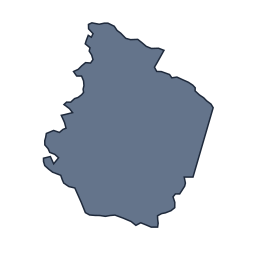 the district of São José das Palmeiras, Paraná, Brazil, rotated 107°
{"feature_id": "56859067B12185724894404", "entity_name": "São José das Palmeiras", "entity_type": "district", "adm_level": 2, "iso_a3": "BRA", "parent_name": "Brazil", "parent_adm1": "Paraná", "projection": "natural_earth1", "projection_center": [-54.124, -24.817], "detail": "fine", "context": "isolated", "style": "filled", "palette": "slate", "viewbox_px": 256, "rotation_deg": 107, "n_neighbors": 0, "source": "geoboundaries", "source_scale": "gbopen_adm2", "svg_char_len": 1528}
<svg xmlns="http://www.w3.org/2000/svg" viewBox="0 0 256 256"><g transform="rotate(107 128 128)"><path d="M188.3,196.6L190.6,191.7L192.3,187.2L192.9,178.5L197.1,175.4L199.5,173.3L201.3,167.4L200.9,161.3L212.6,151.1L221.4,144.0L222.4,139.3L221.3,134.2L219.9,129.3L219.1,123.8L216.9,119.5L215.1,115.0L215.6,106.2L216.5,97.7L218.8,92.0L214.9,88.1L215.4,82.4L216.0,76.8L214.1,70.7L210.3,71.3L206.7,72.9L203.3,74.1L200.0,70.8L198.2,67.4L194.5,62.7L190.5,60.0L185.4,61.5L180.7,64.8L177.2,63.4L175.9,59.3L167.1,56.8L163.9,57.0L158.5,59.9L155.9,51.5L83.7,52.5L80.9,55.6L79.0,60.8L77.0,64.4L75.5,69.4L72.9,74.7L69.9,75.5L68.1,78.6L66.6,83.7L65.8,90.2L65.0,96.1L67.2,100.8L64.7,103.9L64.3,112.6L65.5,117.1L62.1,120.5L57.1,119.3L43.2,116.3L42.8,122.1L45.1,128.9L44.6,134.4L42.3,139.7L40.4,144.6L42.8,151.5L42.9,156.4L39.5,162.6L37.9,167.0L34.7,170.9L33.6,177.8L34.7,181.4L37.2,185.9L38.0,193.3L40.5,196.1L44.7,194.7L48.0,189.0L51.9,189.6L51.0,193.1L56.3,193.5L60.0,193.5L62.4,187.8L65.8,187.6L68.8,184.1L72.8,181.5L76.8,182.8L77.9,187.7L82.0,190.4L86.4,192.7L89.9,196.6L93.3,192.3L91.9,187.6L95.9,184.3L100.4,182.5L104.0,182.3L106.9,180.9L109.8,182.1L113.4,184.7L115.5,187.7L120.1,190.4L121.2,194.3L124.3,196.1L126.6,189.6L129.5,185.5L133.6,192.3L135.4,195.5L141.3,190.3L146.3,187.2L148.4,189.8L152.3,192.3L152.1,198.4L157.1,204.5L161.1,204.0L164.5,203.9L168.5,202.6L171.1,198.4L174.2,195.7L174.6,190.3L176.8,185.7L184.0,188.6L178.0,193.9L181.6,200.0L184.7,199.0L188.3,196.6Z" fill="#64748b" stroke="#1e293b" stroke-width="1.5"/></g></svg>